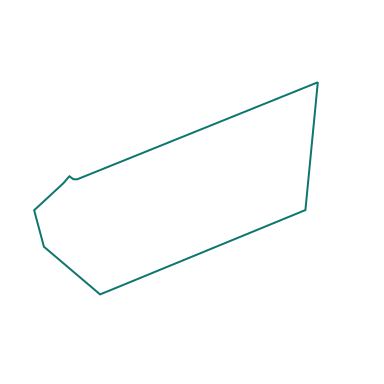 the district of Am-Djarass, Ennedi, Chad, rotated 68°
{"feature_id": "50815135B96833037498211", "entity_name": "Am-Djarass", "entity_type": "district", "adm_level": 2, "iso_a3": "TCD", "parent_name": "Chad", "parent_adm1": "Ennedi", "projection": "orthographic", "projection_center": [22.869, 18.153], "detail": "fine", "context": "isolated", "style": "outline", "palette": "teal", "viewbox_px": 384, "rotation_deg": 68, "n_neighbors": 0, "source": "geoboundaries", "source_scale": "gbopen_adm2", "svg_char_len": 329}
<svg xmlns="http://www.w3.org/2000/svg" viewBox="0 0 384 384"><g transform="rotate(68 192 192)"><path d="M252.5,315.6L252.5,312.5L251.2,93.6L137.5,34.3L137.4,34.3L137.4,34.2L137.2,293.8L135.7,297.2L131.5,299.8L131.7,300.3L135.6,307.8L149.8,345.2L187.3,349.8L252.5,315.6Z" fill="none" stroke="#0f766e" stroke-width="2"/></g></svg>